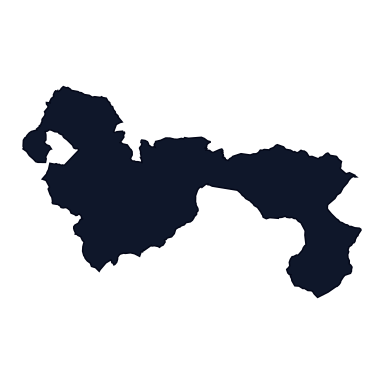 the district of Bicaz-Chei, Neamt, Romania
{"feature_id": "2599482B72252558499545", "entity_name": "Bicaz-Chei", "entity_type": "district", "adm_level": 2, "iso_a3": "ROU", "parent_name": "Romania", "parent_adm1": "Neamt", "projection": "mercator", "projection_center": [25.891, 46.819], "detail": "fine", "context": "isolated", "style": "filled", "palette": "ink", "viewbox_px": 384, "rotation_deg": 0, "n_neighbors": 0, "source": "geoboundaries", "source_scale": "gbopen_adm2", "svg_char_len": 5953}
<svg xmlns="http://www.w3.org/2000/svg" viewBox="0 0 384 384"><path d="M317.6,297.4L328.1,292.1L336.0,286.6L337.1,286.3L339.1,284.5L340.4,282.6L340.8,280.9L343.3,277.0L344.9,275.2L350.5,273.3L351.5,271.1L351.4,269.9L352.0,267.1L350.8,265.2L349.2,263.8L349.3,260.7L348.0,258.0L347.7,254.6L348.7,251.7L347.9,250.1L349.1,246.7L351.5,245.2L352.8,243.0L353.9,242.8L354.9,241.6L355.4,239.3L356.7,236.6L357.9,235.7L358.4,234.1L361.0,230.2L360.8,229.2L359.4,228.2L354.9,227.8L351.0,226.4L349.5,226.6L347.6,225.0L345.2,224.5L342.2,222.7L339.9,222.0L338.0,219.8L336.3,218.8L331.4,213.9L327.9,209.7L327.3,208.4L327.5,205.4L328.0,204.4L334.9,198.5L337.0,195.0L340.4,192.8L343.1,187.7L347.4,182.8L348.6,180.5L350.9,177.9L353.3,176.3L354.8,177.0L356.5,176.9L355.2,176.0L353.7,176.0L353.5,175.8L354.5,175.1L349.5,172.7L346.0,173.8L340.9,169.4L340.4,168.6L340.4,167.6L340.8,166.8L340.9,163.9L341.5,161.5L338.6,159.4L336.9,156.9L336.1,156.3L330.1,155.4L328.2,153.2L327.5,153.1L326.0,153.8L322.6,156.9L320.0,157.3L318.9,158.4L318.0,158.7L312.0,156.4L309.1,156.7L306.5,152.6L304.3,151.1L302.5,151.0L301.0,150.3L297.9,152.7L295.8,152.4L294.8,151.6L293.9,152.2L290.4,150.1L285.6,149.3L283.6,146.9L277.3,144.7L275.8,145.4L273.5,147.6L270.2,148.8L269.5,149.9L264.2,149.5L262.3,150.3L260.3,150.1L258.5,152.5L256.3,153.8L253.2,153.9L250.3,155.0L241.0,153.7L232.8,156.4L231.6,157.7L229.8,158.6L228.2,160.5L225.4,159.6L225.2,158.3L224.7,157.9L223.9,157.2L223.1,157.9L222.4,157.0L222.9,155.9L223.4,155.6L223.2,154.5L222.3,153.5L222.8,153.3L223.0,152.1L221.7,151.8L222.8,150.4L221.8,149.0L219.6,149.6L213.1,152.5L211.5,152.0L209.7,150.5L206.1,150.0L206.9,148.7L205.2,148.0L206.5,147.2L206.9,144.6L208.4,143.1L210.2,142.2L210.1,141.6L207.5,140.9L204.3,138.5L201.4,137.3L188.5,138.3L184.6,137.6L183.6,138.9L181.4,138.4L177.5,139.3L174.5,139.2L170.0,138.1L165.7,138.0L160.7,140.3L155.6,141.5L155.5,142.4L154.3,144.3L154.3,145.2L155.1,147.2L154.0,146.8L151.7,147.2L148.6,144.9L148.3,143.3L147.4,141.7L145.1,140.5L141.7,140.0L141.2,140.6L140.9,142.6L141.9,143.0L141.9,143.8L141.1,146.3L140.5,146.5L139.5,148.1L140.5,151.1L140.7,152.5L140.5,153.4L140.9,154.7L141.3,158.5L140.9,158.3L141.7,160.0L141.9,162.5L138.0,161.7L135.6,161.7L134.3,161.0L132.5,161.1L131.2,159.9L130.5,158.3L132.2,155.0L132.1,151.6L131.1,149.7L129.9,148.7L127.3,144.9L122.8,143.9L121.1,142.6L120.2,142.5L123.9,137.1L123.5,134.9L124.6,133.3L124.4,132.2L123.1,132.4L122.6,131.2L116.9,131.7L115.0,132.5L113.6,131.8L116.3,124.5L120.1,122.5L122.2,122.0L118.4,117.4L117.8,117.4L117.7,117.0L118.2,116.4L117.9,115.7L116.1,114.0L115.5,114.2L115.3,111.9L113.4,109.5L112.6,106.7L110.6,105.7L110.5,104.7L109.5,103.0L109.7,102.6L107.8,101.0L106.3,98.2L102.4,97.5L101.7,96.7L100.2,97.4L94.7,96.7L92.3,97.2L89.2,95.3L84.5,94.6L81.4,92.7L79.1,92.4L78.1,91.6L71.4,90.4L70.3,89.1L67.9,87.5L66.2,87.8L63.3,86.6L61.1,88.7L60.9,89.5L58.6,91.5L58.0,91.4L57.8,90.8L57.5,91.3L55.7,90.8L54.6,92.0L53.4,94.9L53.8,96.5L51.3,98.5L49.8,101.6L50.1,102.8L46.4,102.5L46.5,104.1L48.0,106.0L48.0,107.5L44.5,111.7L45.1,113.1L44.9,115.4L42.1,119.3L41.9,122.3L41.2,123.1L40.9,124.6L39.4,125.8L39.8,126.3L36.6,129.0L36.9,130.0L31.4,131.5L29.3,132.9L27.0,135.5L26.1,137.2L24.8,137.9L23.4,140.2L23.1,146.3L23.7,148.2L23.0,148.9L26.7,151.5L29.4,155.6L33.4,159.1L35.8,161.7L37.9,162.3L45.5,162.4L46.2,158.8L45.7,157.3L46.0,156.1L48.9,150.6L50.5,149.1L51.4,149.0L49.4,145.9L46.3,144.7L44.4,142.4L44.4,141.7L45.9,140.0L45.9,134.9L45.2,131.5L47.5,131.1L49.1,129.8L51.1,130.0L54.7,131.7L57.6,132.0L58.3,132.3L59.1,133.5L63.1,135.3L63.1,136.5L64.1,137.7L67.0,139.8L72.7,145.4L73.4,147.3L74.0,148.1L75.6,148.7L77.6,148.5L78.5,149.5L78.8,150.1L78.6,150.4L64.4,165.3L63.5,165.1L62.2,165.5L62.1,165.0L61.0,165.3L59.2,164.3L58.0,164.5L56.2,163.7L54.4,164.2L49.9,163.3L48.5,169.6L47.0,172.4L46.6,174.0L42.2,179.1L46.0,180.4L49.4,186.8L49.4,187.6L48.5,188.3L48.2,189.1L50.2,194.6L51.9,197.3L52.5,201.2L52.2,202.8L52.9,203.7L58.7,204.6L58.9,205.2L60.1,205.8L61.0,207.4L61.7,207.6L63.2,207.9L65.5,207.5L67.1,208.0L70.0,210.3L71.1,213.1L74.4,214.4L75.9,215.5L77.3,215.2L78.8,213.9L80.6,215.1L81.4,216.5L81.7,218.3L82.3,218.8L80.3,219.6L78.5,223.1L74.9,225.1L73.8,226.6L73.7,228.2L74.2,230.2L75.5,233.0L75.2,234.1L76.7,234.3L78.1,235.5L80.7,236.6L82.5,240.4L84.1,241.9L82.9,246.6L82.6,251.2L83.8,255.6L84.6,256.6L85.2,258.3L87.3,260.9L90.4,263.2L91.5,266.4L95.5,267.6L99.2,271.3L100.1,269.7L105.9,262.9L110.8,259.9L111.5,261.0L111.9,262.7L112.9,263.0L113.9,264.9L115.0,264.3L116.7,262.2L117.5,259.5L117.7,257.0L119.4,254.7L120.4,254.0L123.7,253.1L125.2,253.4L130.5,252.8L134.5,253.7L139.6,256.3L141.2,251.7L142.6,251.9L143.5,250.1L144.1,250.4L151.3,245.3L151.9,246.0L154.3,245.7L157.9,246.4L159.6,247.3L160.5,246.3L163.2,245.0L165.1,242.0L164.4,240.1L166.1,239.4L167.3,237.9L171.6,236.8L174.3,233.6L175.5,229.6L176.3,228.7L179.0,227.1L179.8,227.1L181.3,225.8L184.3,224.8L186.1,222.6L190.4,221.8L192.4,220.2L194.1,217.5L194.1,216.2L195.4,215.8L196.7,214.0L196.3,212.6L197.7,211.3L198.1,210.2L197.8,208.3L196.1,205.2L196.0,203.2L195.5,202.4L195.6,196.7L195.4,196.3L197.4,190.5L198.5,188.5L200.1,187.2L201.5,186.8L201.9,187.4L205.6,184.4L207.9,183.7L207.9,184.7L209.7,184.9L212.1,186.1L237.3,190.2L240.5,192.9L242.3,195.3L244.2,196.6L245.7,198.5L250.4,201.1L251.2,202.2L252.8,203.4L254.2,205.5L257.5,207.4L261.0,212.3L261.7,214.0L262.3,214.3L263.2,217.2L266.3,218.7L269.8,217.6L278.3,218.3L278.4,217.6L281.9,217.3L285.3,216.2L286.8,217.3L289.8,217.7L291.8,217.3L294.1,218.5L296.1,218.6L298.3,221.2L300.9,222.7L305.2,230.8L304.9,235.1L306.0,244.8L304.7,245.8L303.4,247.6L302.3,250.4L298.5,254.8L297.8,255.2L296.5,255.0L293.7,256.5L292.1,256.7L290.4,259.3L289.3,262.3L289.8,265.8L288.6,267.6L286.7,269.4L286.9,270.2L287.9,273.1L288.4,273.2L289.1,274.4L290.9,274.8L290.4,275.5L290.6,276.7L291.6,278.7L291.9,280.7L294.8,285.8L299.0,286.1L302.8,288.5L304.5,288.4L307.9,290.5L311.4,290.7L312.7,291.5L314.2,293.9L317.6,297.4Z" fill="#0f172a" stroke="#020617" stroke-width="1.5"/></svg>